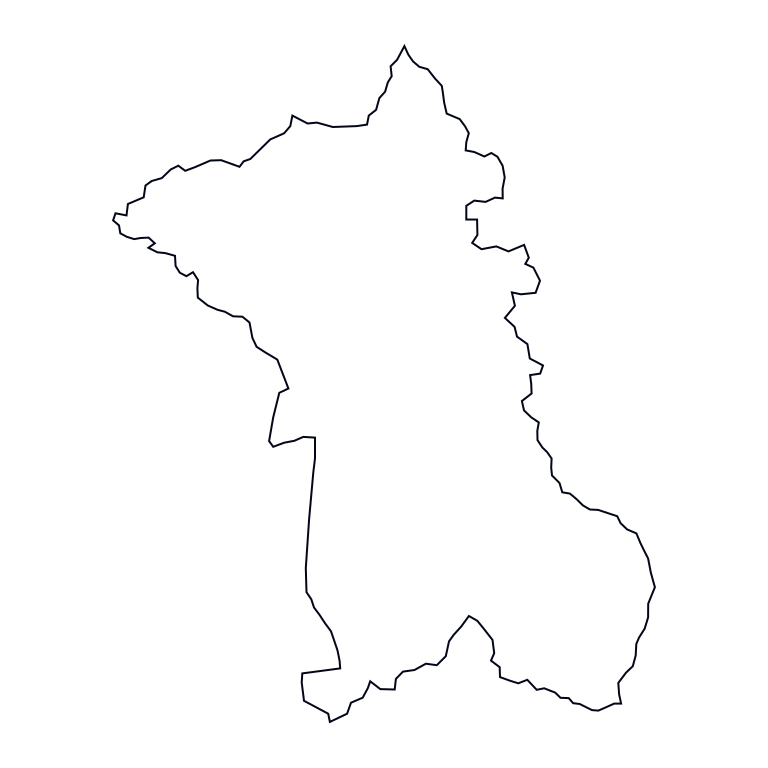 the district of São José do Ouro, Rio Grande do Sul, Brazil
{"feature_id": "56859067B47068484088007", "entity_name": "São José do Ouro", "entity_type": "district", "adm_level": 2, "iso_a3": "BRA", "parent_name": "Brazil", "parent_adm1": "Rio Grande do Sul", "projection": "albers", "projection_center": [-51.559, -27.766], "detail": "fine", "context": "isolated", "style": "outline", "palette": "ink", "viewbox_px": 768, "rotation_deg": 0, "n_neighbors": 0, "source": "geoboundaries", "source_scale": "gbopen_adm2", "svg_char_len": 2764}
<svg xmlns="http://www.w3.org/2000/svg" viewBox="0 0 768 768"><path d="M404.4,46.1L397.1,59.8L390.6,66.3L391.7,76.2L387.8,82.4L385.1,91.7L379.4,98.0L376.1,109.8L368.8,115.6L367.0,124.6L356.8,126.1L332.8,127.0L316.9,122.6L307.6,123.5L292.4,115.6L290.3,126.1L284.1,133.3L270.3,139.4L250.3,159.0L243.7,161.3L239.5,166.8L221.2,160.2L210.5,160.5L194.9,167.2L185.2,170.8L178.3,165.7L170.7,169.5L161.8,178.1L151.7,181.0L145.5,185.5L143.7,197.3L127.9,204.0L126.5,215.4L115.5,213.3L113.1,220.4L119.0,225.4L120.3,233.3L126.8,236.8L134.1,239.1L140.7,238.0L148.6,237.6L154.8,243.3L148.4,247.8L157.4,252.3L165.3,253.1L175.0,255.8L175.6,266.0L179.8,272.7L186.4,276.2L193.0,272.2L198.1,280.1L197.4,288.2L197.8,297.6L207.8,305.5L217.5,309.8L224.8,311.7L233.0,316.3L242.4,316.7L249.5,322.5L252.4,337.9L256.6,346.8L265.6,352.6L277.3,359.6L288.4,388.5L279.3,392.8L273.2,417.4L269.1,441.1L273.2,446.8L284.2,442.7L294.3,440.8L303.3,436.9L315.0,437.6L315.0,458.3L313.3,472.5L309.1,519.3L305.8,568.1L306.5,592.2L311.3,599.3L314.0,607.5L319.5,614.8L325.0,623.2L331.0,631.3L333.8,639.5L337.5,650.4L339.6,660.9L340.2,668.4L302.3,673.4L301.7,682.5L304.0,700.8L328.2,713.7L329.9,721.9L347.1,713.7L351.0,702.7L362.7,697.7L367.9,688.0L370.2,681.3L380.3,689.1L394.7,689.5L395.9,678.9L403.0,671.6L414.5,670.0L425.9,663.7L436.8,665.2L445.8,656.2L449.0,641.4L453.7,634.8L461.1,626.7L468.9,616.0L477.3,620.8L482.8,627.5L492.5,639.9L494.2,653.2L491.0,660.6L499.7,667.2L500.0,677.1L510.5,680.9L518.3,683.3L527.3,679.8L536.7,689.8L544.2,688.3L555.2,692.6L560.5,697.8L568.7,698.1L573.2,703.2L579.7,704.0L592.0,710.1L598.4,710.6L605.5,707.5L614.2,703.6L621.1,703.6L619.1,694.2L618.3,682.9L626.0,672.7L632.8,666.2L635.7,655.5L636.3,644.0L639.0,637.6L644.7,628.6L648.1,617.4L648.2,603.7L654.9,587.2L650.9,572.9L648.1,558.5L643.7,549.8L640.3,542.8L636.4,533.4L627.1,529.4L620.6,523.2L617.2,516.2L607.8,513.1L598.1,509.9L589.9,509.5L582.9,505.4L576.4,499.0L569.9,493.6L562.3,492.3L559.5,483.0L552.0,475.5L551.2,467.8L551.6,458.5L547.1,452.1L542.3,447.4L537.5,440.1L537.3,430.9L538.8,422.4L531.3,417.4L524.0,410.4L521.9,401.0L531.6,393.5L531.2,383.5L530.1,375.1L540.2,373.6L543.0,365.5L529.8,358.5L527.4,344.1L517.0,336.6L514.6,326.9L504.9,317.9L514.9,305.8L511.9,292.4L521.0,294.3L535.6,292.8L540.0,280.7L533.4,267.6L525.3,263.9L528.8,257.7L524.1,244.9L508.5,251.4L496.3,246.4L481.5,249.2L472.2,242.9L477.4,235.0L477.1,219.5L466.3,219.5L466.3,205.8L474.3,200.6L485.6,201.9L495.0,197.6L502.7,198.4L502.6,188.6L504.7,177.4L502.6,165.7L497.4,156.7L491.3,153.0L484.4,156.5L474.3,152.0L465.7,150.4L466.3,142.2L468.8,133.2L465.0,126.2L459.7,119.1L446.7,113.6L444.2,102.8L442.9,92.9L441.8,85.9L435.0,78.5L427.7,69.2L419.3,66.8L413.0,61.4L408.3,54.6L404.4,46.1Z" fill="none" stroke="#020617" stroke-width="2"/></svg>